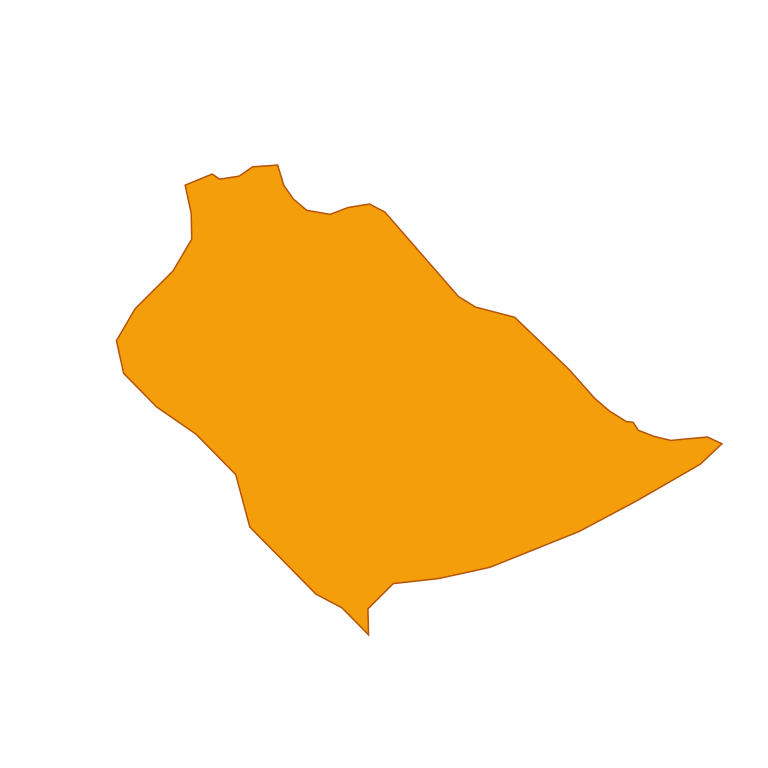 outline of Sariwon City, Hwanghae-bukto, North Korea, rotated 135°
{"feature_id": "82179303B86388706464223", "entity_name": "Sariwon City", "entity_type": "district", "adm_level": 2, "iso_a3": "PRK", "parent_name": "North Korea", "parent_adm1": "Hwanghae-bukto", "projection": "albers", "projection_center": [125.699, 38.566], "detail": "fine", "context": "isolated", "style": "filled", "palette": "amber", "viewbox_px": 768, "rotation_deg": 135, "n_neighbors": 0, "source": "geoboundaries", "source_scale": "gbopen_adm2", "svg_char_len": 783}
<svg xmlns="http://www.w3.org/2000/svg" viewBox="0 0 768 768"><g transform="rotate(135 384 384)"><path d="M187.3,102.8L192.8,117.8L205.6,128.5L221.0,141.2L230.0,155.8L236.9,171.4L234.9,180.8L239.2,186.0L243.7,205.4L245.2,224.9L242.9,262.8L244.4,338.7L264.9,373.7L269.5,393.2L261.8,505.0L267.1,521.6L284.6,534.2L302.1,542.0L315.8,561.4L317.3,579.0L314.3,595.5L304.4,614.0L323.4,630.5L339.4,633.4L355.4,645.1L357.1,654.0L384.0,665.2L399.5,641.2L417.5,622.4L453.2,613.1L506.8,613.2L542.6,603.8L560.6,575.6L561.0,528.5L552.4,481.4L552.9,424.8L580.0,377.8L580.4,321.2L580.7,283.5L572.0,255.3L572.3,217.6L554.3,236.4L518.6,236.3L483.2,208.0L438.9,179.6L394.5,160.6L350.1,141.7L287.9,122.7L252.3,113.1L216.8,103.6L187.3,102.8Z" fill="#f59e0b" stroke="#b45309" stroke-width="1.5"/></g></svg>